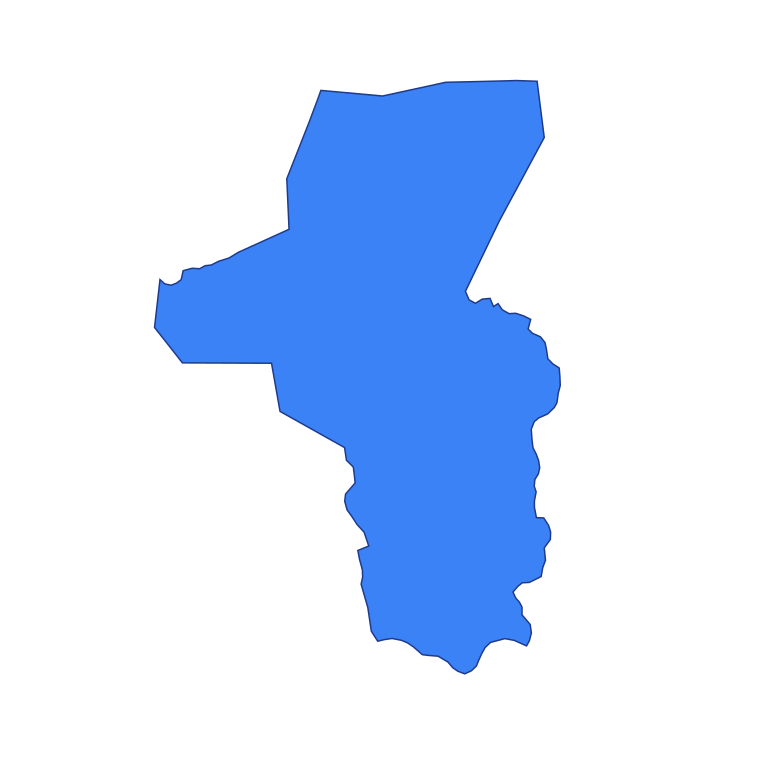 São Miguel da Baixa Grande, Piauí, Brazil (orthographic projection), rotated 168°
{"feature_id": "56859067B26070453976933", "entity_name": "São Miguel da Baixa Grande", "entity_type": "district", "adm_level": 2, "iso_a3": "BRA", "parent_name": "Brazil", "parent_adm1": "Piauí", "projection": "orthographic", "projection_center": [-42.28, -5.802], "detail": "fine", "context": "isolated", "style": "filled", "palette": "blue", "viewbox_px": 768, "rotation_deg": 168, "n_neighbors": 0, "source": "geoboundaries", "source_scale": "gbopen_adm2", "svg_char_len": 1782}
<svg xmlns="http://www.w3.org/2000/svg" viewBox="0 0 768 768"><g transform="rotate(168 384 384)"><path d="M257.6,246.9L258.3,252.7L256.3,259.2L251.7,264.0L249.1,269.7L248.7,276.9L249.7,283.8L251.5,290.7L250.9,298.0L249.4,309.1L244.9,315.9L239.8,318.6L230.1,320.7L222.3,325.6L218.7,329.8L215.5,338.7L211.9,345.9L210.4,354.6L209.3,363.2L214.7,368.6L218.5,374.6L217.9,383.8L217.9,391.1L221.2,397.6L228.2,402.7L231.6,407.8L227.1,416.7L233.3,421.6L240.5,425.8L247.0,426.8L252.9,432.0L255.7,438.9L260.8,437.0L262.5,445.7L270.2,446.6L277.9,443.9L283.3,448.7L285.1,457.7L237.3,519.5L176.0,591.8L171.3,648.3L191.8,653.4L199.2,654.7L221.2,658.8L261.0,666.3L325.6,666.0L384.7,684.3L389.9,675.9L402.8,655.7L436.4,605.0L444.7,555.1L499.1,543.1L509.3,539.5L520.3,538.4L528.3,536.3L534.3,536.9L540.4,535.1L547.6,537.1L556.9,536.6L560.7,528.2L566.0,525.8L571.7,524.9L577.6,527.5L581.4,532.7L596.7,487.0L586.9,467.2L576.8,446.6L489.7,427.7L491.4,378.8L435.8,330.0L436.6,317.2L431.3,309.2L432.0,300.7L432.8,293.2L439.7,288.0L444.5,284.3L446.8,277.5L446.3,268.5L443.0,261.1L439.4,251.8L434.3,243.2L432.6,228.7L444.2,226.6L444.4,217.7L443.8,206.6L445.0,199.7L448.0,192.9L446.9,177.0L446.3,168.8L447.8,144.8L443.6,133.7L436.7,133.9L429.0,133.4L420.3,129.7L414.8,125.9L410.0,120.9L402.8,111.3L397.7,109.5L387.7,106.5L379.3,98.8L375.7,92.1L371.5,87.7L365.3,83.7L358.2,85.3L352.3,88.9L348.7,94.2L344.5,99.9L340.0,105.1L333.5,109.1L318.7,109.8L310.0,106.2L299.0,98.2L295.2,102.6L291.6,109.8L291.0,118.4L297.0,129.5L295.4,137.0L296.9,142.4L299.6,147.2L301.1,153.7L295.2,158.2L290.1,160.8L283.2,159.7L270.3,163.0L266.9,171.4L262.7,178.0L261.3,190.4L253.6,197.3L251.8,204.5L252.4,211.4L255.6,219.8L262.7,221.6L262.5,232.1L261.2,238.3L257.6,246.9Z" fill="#3b82f6" stroke="#1e3a8a" stroke-width="1.5"/></g></svg>